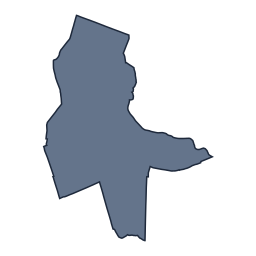 Tinosu, Prahova, Romania (Albers equal-area conic projection)
{"feature_id": "2599482B48682936712287", "entity_name": "Tinosu", "entity_type": "district", "adm_level": 2, "iso_a3": "ROU", "parent_name": "Romania", "parent_adm1": "Prahova", "projection": "albers", "projection_center": [26.021, 44.814], "detail": "fine", "context": "isolated", "style": "filled", "palette": "slate", "viewbox_px": 256, "rotation_deg": 0, "n_neighbors": 0, "source": "geoboundaries", "source_scale": "gbopen_adm2", "svg_char_len": 5723}
<svg xmlns="http://www.w3.org/2000/svg" viewBox="0 0 256 256"><path d="M211.6,157.1L212.3,156.8L211.8,156.5L210.1,155.6L209.3,155.0L208.9,154.7L208.6,154.3L208.3,153.7L208.1,153.0L207.4,151.6L207.1,150.8L206.8,150.4L206.4,150.0L205.8,149.3L205.2,148.7L204.7,148.5L204.2,148.3L203.3,148.1L203.0,148.3L202.3,148.4L201.8,148.6L200.8,149.0L199.8,149.3L199.2,149.5L198.7,149.5L197.9,149.5L197.3,149.4L196.8,149.3L196.1,148.9L195.5,148.5L195.1,148.0L194.8,147.2L194.5,146.1L194.5,145.5L194.4,145.1L194.1,144.7L193.9,144.3L193.8,143.9L193.7,143.3L193.3,142.2L193.0,141.1L192.8,140.7L192.6,140.4L192.1,140.0L191.5,139.4L190.8,138.9L190.3,138.6L189.8,138.4L189.2,138.3L188.1,138.3L185.8,138.4L183.4,138.5L182.0,138.5L180.3,138.5L179.2,138.5L177.8,138.4L176.1,138.1L175.1,137.9L174.4,137.7L173.5,137.5L173.0,137.2L172.6,136.8L171.9,136.3L171.1,135.9L170.2,135.6L169.5,135.5L168.6,135.3L167.8,134.9L167.2,134.6L166.6,133.9L165.8,133.5L164.9,133.2L162.9,132.7L161.9,132.6L160.8,132.7L160.2,132.7L159.8,132.7L159.0,132.8L158.3,132.8L157.7,132.8L156.5,132.6L155.4,132.4L153.6,132.0L152.5,131.8L151.5,131.5L150.8,131.4L149.8,130.9L148.6,130.6L147.6,130.4L146.4,130.2L145.4,130.0L144.4,129.6L143.4,129.0L142.0,127.9L141.0,126.7L138.0,123.5L136.2,121.6L135.5,120.8L134.4,119.2L133.7,118.1L132.8,116.9L131.2,115.1L130.0,113.7L129.2,112.2L128.7,111.4L128.4,110.7L128.1,110.1L128.0,109.6L127.8,108.7L127.8,108.1L127.9,106.9L128.3,105.2L128.8,103.9L129.2,102.2L129.5,100.8L129.5,99.9L129.9,100.0L131.8,99.7L132.5,99.4L132.8,99.3L133.0,98.9L133.1,98.5L133.3,98.1L133.3,97.9L133.3,97.6L133.3,97.2L133.4,96.5L133.4,95.9L133.2,95.3L133.1,95.0L133.0,94.6L132.9,94.2L132.9,93.9L132.8,93.5L132.7,93.3L132.5,93.0L132.3,92.7L132.1,92.4L131.9,92.2L132.2,92.1L132.5,91.9L132.8,91.7L133.1,91.4L133.2,91.1L133.2,90.9L133.2,90.5L133.3,90.0L133.4,89.5L133.4,89.2L133.4,88.9L133.3,88.6L133.1,88.3L133.0,88.1L133.3,87.8L133.4,87.6L133.7,87.4L134.0,87.1L134.2,86.9L134.4,86.7L134.5,86.6L134.6,86.4L134.7,86.1L134.9,85.9L135.0,85.5L135.2,85.0L135.4,84.6L135.6,84.2L135.7,83.9L135.8,83.5L135.9,83.3L135.9,83.2L136.0,83.0L136.1,82.8L136.2,82.6L136.3,82.4L136.3,82.1L136.2,81.7L136.0,81.2L136.1,80.8L136.1,79.9L136.0,79.5L135.9,79.1L135.8,78.7L135.8,78.2L135.7,77.6L135.6,77.1L135.5,76.7L135.5,76.4L135.5,76.2L135.4,75.8L135.3,75.4L135.3,75.1L135.3,74.7L135.3,74.4L135.3,74.0L135.3,73.6L135.2,73.2L135.0,72.7L135.0,72.2L134.8,71.6L134.7,71.2L134.6,70.9L134.4,70.4L134.1,69.2L133.9,67.7L131.4,66.0L129.3,64.7L127.3,63.3L126.6,62.8L126.2,62.7L125.6,62.7L125.6,62.2L124.7,56.5L124.3,55.3L123.6,53.8L123.3,53.2L124.3,50.7L126.5,45.0L127.6,42.3L128.9,38.9L129.0,38.4L129.0,37.8L128.9,35.6L128.9,35.1L127.4,34.5L125.1,33.7L119.9,31.7L112.3,28.9L105.2,26.2L94.7,22.1L80.5,16.9L77.6,15.7L76.5,15.4L76.4,15.8L76.0,17.2L75.7,18.1L75.0,20.7L74.1,23.8L73.6,25.8L72.7,28.7L71.6,32.7L70.6,36.2L70.3,37.3L69.8,38.6L69.5,39.2L67.3,41.8L62.7,47.7L62.2,48.4L60.9,49.9L60.2,51.3L59.7,52.5L59.5,53.2L59.3,54.8L58.8,55.9L58.0,57.3L57.3,58.1L56.7,58.8L56.0,59.3L55.2,59.6L54.2,59.9L53.6,60.2L53.5,60.4L53.4,60.9L53.4,61.4L53.4,61.5L53.4,63.2L53.4,64.8L53.5,68.2L54.2,71.4L55.1,74.8L55.2,75.3L55.7,77.8L57.2,82.2L58.8,86.3L60.1,89.7L60.2,90.4L60.3,92.2L60.6,93.1L60.8,95.3L61.2,98.2L61.6,104.1L59.2,107.1L57.4,109.3L55.4,112.2L51.3,117.4L47.4,122.4L46.7,125.0L47.0,130.8L46.4,135.0L46.0,138.8L47.3,139.0L47.1,140.2L46.8,142.0L46.4,143.4L46.3,144.4L46.7,145.1L46.8,145.3L43.7,146.5L44.2,148.0L44.6,150.2L44.8,150.9L47.4,157.4L49.4,163.2L51.6,169.7L53.8,176.3L52.9,176.7L53.3,177.4L53.9,179.5L55.3,184.1L56.2,186.9L57.1,189.7L57.4,190.6L57.8,192.0L58.8,195.6L59.2,196.9L59.7,198.5L61.6,197.6L63.1,197.0L63.6,196.8L64.4,196.8L64.7,196.8L65.4,196.5L66.3,196.2L68.4,195.3L70.0,194.6L72.7,193.6L79.2,190.8L86.5,187.7L99.5,181.9L99.7,182.7L101.3,188.0L102.7,192.8L103.7,196.6L105.1,201.6L107.0,208.3L109.3,215.9L110.8,221.0L111.5,223.9L112.8,228.2L113.0,228.9L113.1,229.1L113.6,229.2L113.9,229.1L114.1,229.2L114.2,229.3L114.6,229.6L114.8,230.0L115.1,230.4L115.2,230.8L115.4,231.2L115.6,231.6L115.7,231.8L115.9,232.1L116.2,232.6L116.7,233.5L116.8,233.6L117.5,234.9L117.8,235.4L118.1,235.8L118.4,236.3L118.5,236.6L118.9,237.0L119.0,237.1L119.6,237.4L120.2,237.6L120.8,237.9L121.2,238.0L121.5,238.1L122.0,238.1L122.3,238.0L122.6,237.9L122.8,237.8L123.0,237.7L123.6,237.4L124.2,237.0L125.5,236.3L126.0,236.0L126.7,235.5L127.1,235.1L127.3,234.9L127.5,234.7L127.7,234.8L127.8,234.8L128.1,235.0L128.4,235.2L128.5,235.2L128.7,235.3L128.9,235.3L129.2,235.4L129.5,235.4L129.9,235.3L130.2,235.3L130.5,235.3L130.7,235.2L130.8,235.2L131.1,235.1L131.5,235.2L131.9,235.1L132.2,235.2L132.4,235.2L132.6,235.2L132.8,235.2L133.0,235.3L133.3,235.4L133.7,235.5L133.8,235.5L134.0,235.5L134.3,235.5L134.5,235.5L134.8,235.5L135.1,235.6L135.4,235.6L135.7,235.7L136.0,235.6L136.4,235.6L136.9,235.5L137.2,235.4L137.4,235.4L137.5,235.4L137.6,235.5L137.8,235.7L137.9,235.9L138.1,236.1L138.2,236.3L138.6,236.8L138.9,237.1L139.2,237.4L139.5,237.7L139.7,237.9L139.9,238.1L140.1,238.3L140.3,238.3L140.6,238.4L140.9,238.6L141.4,238.8L141.7,239.1L142.1,239.3L142.6,239.7L143.1,240.0L143.4,240.1L143.7,240.2L144.6,240.6L145.0,240.6L145.4,221.3L145.8,204.8L146.0,199.5L146.3,187.2L146.5,183.1L146.7,178.1L146.8,176.7L148.3,176.8L148.3,175.6L148.3,173.7L148.4,172.5L148.7,171.5L150.2,166.5L151.4,167.0L152.7,167.6L153.4,167.8L161.8,169.4L164.8,169.8L169.3,170.6L171.4,171.0L174.6,170.9L175.1,170.9L176.7,170.6L177.6,170.4L178.3,170.1L179.1,169.8L179.3,170.2L179.9,170.0L181.6,169.6L183.0,169.4L183.8,169.2L185.2,168.7L187.1,168.2L188.6,167.6L190.3,166.8L192.3,165.6L194.0,165.0L195.0,164.6L197.2,164.1L198.5,163.6L200.3,162.9L200.7,162.7L200.9,161.5L206.8,159.1L211.6,157.1Z" fill="#64748b" stroke="#1e293b" stroke-width="1.5"/></svg>